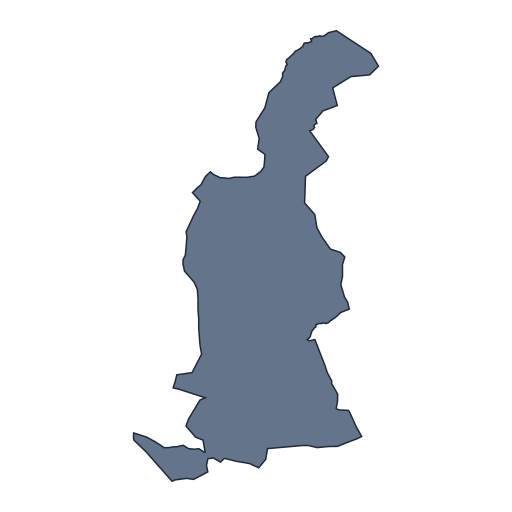 Shelleng, Adamawa, Nigeria
{"feature_id": "59680162B98903295811344", "entity_name": "Shelleng", "entity_type": "district", "adm_level": 2, "iso_a3": "NGA", "parent_name": "Nigeria", "parent_adm1": "Adamawa", "projection": "albers", "projection_center": [12.115, 9.939], "detail": "fine", "context": "isolated", "style": "filled", "palette": "slate", "viewbox_px": 512, "rotation_deg": 0, "n_neighbors": 0, "source": "geoboundaries", "source_scale": "gbopen_adm2", "svg_char_len": 2828}
<svg xmlns="http://www.w3.org/2000/svg" viewBox="0 0 512 512"><path d="M244.3,462.6L249.6,463.6L258.7,467.8L265.7,459.4L267.5,448.6L285.7,447.0L294.7,446.2L302.2,445.5L308.3,445.5L317.2,447.6L328.7,446.5L337.5,446.4L345.9,443.0L357.2,438.7L360.6,437.0L361.7,436.5L356.5,427.4L349.7,412.3L348.5,410.4L340.8,410.0L339.6,409.9L337.8,409.5L337.1,409.1L336.3,408.6L336.3,407.8L337.5,401.3L337.7,394.2L331.7,383.7L331.7,380.7L329.5,376.9L327.2,372.4L325.6,367.5L325.0,365.6L314.9,339.6L309.1,340.8L307.2,339.6L309.3,337.9L310.1,336.7L312.2,330.5L313.4,329.4L314.1,328.2L314.6,327.7L315.1,327.6L315.4,327.3L315.7,326.8L315.8,326.7L316.1,325.2L315.9,324.8L316.7,324.6L316.9,324.2L317.5,324.3L319.0,323.5L320.8,323.6L323.6,323.0L326.2,323.5L328.6,322.6L329.7,321.3L335.6,317.3L340.7,312.5L349.3,309.1L347.5,301.9L344.5,297.0L340.8,284.6L340.9,284.2L342.5,276.6L342.5,264.6L344.8,257.0L340.4,252.4L330.4,249.1L321.8,236.8L316.9,227.7L314.8,214.6L304.6,202.9L305.5,176.3L326.3,160.9L328.5,156.6L309.7,130.8L311.6,130.1L313.0,129.4L314.6,127.3L313.9,126.3L314.2,125.3L315.4,123.9L316.9,123.5L315.8,119.2L323.1,110.8L337.3,105.5L332.7,87.9L350.9,76.6L369.6,74.9L372.5,72.1L378.5,66.2L370.9,53.4L360.2,46.4L336.4,30.7L332.5,31.7L328.6,32.6L326.1,34.4L325.2,35.3L324.1,35.9L323.4,36.1L322.5,36.4L322.0,36.5L321.7,36.3L321.3,36.3L321.2,36.3L320.7,35.9L320.3,36.0L319.9,35.9L319.6,35.8L319.2,35.9L318.0,36.5L317.0,36.5L316.6,36.4L316.1,36.8L315.6,36.5L314.5,36.7L313.5,37.5L312.0,38.7L310.7,38.7L311.6,41.5L307.9,42.9L304.3,43.0L302.7,46.4L299.9,48.7L296.9,50.6L295.7,50.9L294.8,51.8L293.4,53.7L288.0,58.6L286.5,59.8L285.9,62.0L287.4,64.5L285.8,65.8L284.8,70.4L282.7,72.7L282.5,76.9L280.4,81.7L268.9,92.7L264.8,107.9L256.0,121.9L255.8,127.3L259.2,138.6L257.6,149.1L265.0,154.4L264.6,159.8L264.0,166.9L261.0,171.2L254.6,176.1L252.0,176.5L247.1,177.3L234.2,177.2L228.9,178.5L224.5,177.9L224.0,177.8L220.5,177.8L213.5,174.5L210.4,171.8L205.5,176.4L201.0,184.7L196.8,188.3L192.5,192.6L200.2,201.3L197.5,208.6L193.6,215.6L186.1,231.9L186.1,232.1L186.9,236.5L186.1,247.0L185.3,255.3L183.0,259.8L183.0,264.4L183.7,267.2L184.5,271.2L189.8,277.2L194.3,282.5L197.3,289.3L198.0,298.3L198.0,308.4L198.0,309.6L198.7,318.7L198.7,326.0L198.7,327.7L199.1,333.3L199.4,337.5L200.1,345.8L201.6,354.1L192.1,372.6L176.8,374.8L175.2,381.4L173.1,387.9L178.5,389.1L205.3,397.8L200.0,400.0L188.7,418.7L186.0,426.0L195.5,437.1L203.0,440.1L205.1,452.1L204.1,452.1L198.9,448.7L194.6,449.2L188.7,448.7L183.2,445.3L176.5,446.8L173.5,446.8L169.0,447.6L164.0,447.7L160.7,445.3L154.7,441.5L146.4,437.0L136.7,433.9L133.6,433.0L133.5,437.1L133.8,440.0L146.1,451.9L172.1,481.3L175.2,479.9L186.8,478.4L193.6,479.4L207.8,471.9L206.5,465.3L207.9,458.7L213.3,458.0L220.6,462.1L224.2,458.5L225.7,458.6L237.1,461.5L244.3,462.6Z" fill="#64748b" stroke="#1e293b" stroke-width="1.5"/></svg>